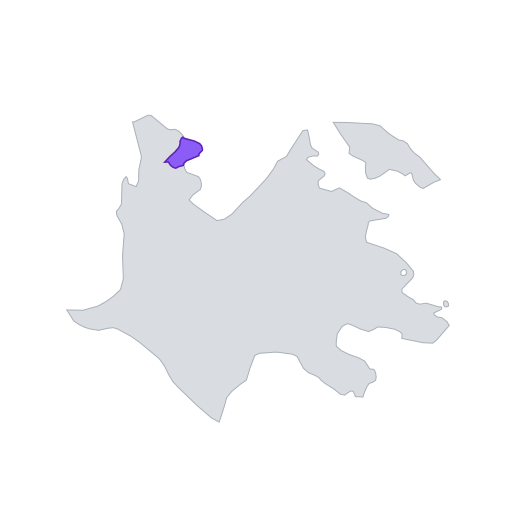 Yardımlı highlighted on a map of Azerbaijan, rotated 168°
{"feature_id": "AZE-1720", "entity_name": "Yardımlı", "entity_type": "District", "adm_level": 1, "iso_a3": "AZE", "parent_name": "Azerbaijan", "parent_adm1": "", "projection": "orthographic", "projection_center": [48.256, 38.872], "detail": "fine", "context": "in_parent", "style": "filled", "palette": "violet", "viewbox_px": 512, "rotation_deg": 168, "n_neighbors": 0, "source": "natural_earth", "source_scale": "10m", "svg_char_len": 3767}
<svg xmlns="http://www.w3.org/2000/svg" viewBox="0 0 512 512"><g transform="rotate(168 256 256)"><path d="M348.9,412.8L346.9,412.6L332.3,416.2L329.2,415.1L316.6,399.1L314.0,397.4L308.6,396.7L305.4,394.0L302.8,389.7L301.4,386.5L288.5,377.8L286.6,374.7L286.3,371.9L288.2,369.4L290.4,367.2L296.7,365.1L304.0,363.2L306.4,361.9L307.6,359.6L307.5,355.9L306.3,352.2L295.8,345.6L294.6,342.7L294.3,339.2L294.9,335.6L296.6,332.7L305.1,328.8L309.7,324.8L306.9,320.3L297.6,310.0L286.7,298.7L279.4,298.6L271.0,301.9L257.5,311.4L250.0,315.5L240.2,322.2L229.5,329.7L220.7,337.6L215.2,344.2L205.5,347.0L200.5,352.5L184.0,368.9L179.4,368.6L179.3,360.3L179.6,353.7L178.7,349.9L173.5,344.6L173.5,342.4L175.0,341.0L179.0,341.9L184.1,341.8L186.6,339.8L181.2,332.8L176.4,328.1L172.3,325.0L171.4,323.1L171.5,321.8L172.4,320.3L179.5,316.6L180.3,313.2L179.9,309.3L168.8,303.4L160.3,305.3L152.9,298.7L148.2,293.7L142.3,288.2L137.0,285.2L132.0,278.4L123.2,271.3L117.5,269.1L117.6,268.1L118.7,266.9L121.2,265.9L137.1,266.6L139.1,265.4L140.1,262.5L142.4,258.2L145.1,251.9L145.1,246.5L129.4,237.3L118.0,229.0L110.4,218.2L105.2,208.3L105.5,205.1L107.2,202.1L119.8,193.6L120.7,191.3L120.5,189.7L116.2,185.0L110.9,180.2L109.2,176.7L105.8,174.8L99.3,174.5L87.9,168.3L85.5,167.7L85.0,166.5L85.6,165.4L93.9,163.3L93.9,161.4L91.5,158.8L86.9,156.8L82.8,152.0L81.5,147.8L96.7,136.3L101.2,134.0L110.8,136.5L130.6,145.1L129.1,149.5L131.1,152.1L135.6,155.6L144.4,159.3L151.9,161.3L155.7,159.8L161.6,158.7L169.0,162.8L175.8,168.0L179.2,170.1L181.1,170.8L186.4,169.2L192.8,162.8L195.5,155.0L196.2,151.3L192.6,146.0L185.2,140.2L176.8,135.1L171.5,130.6L168.2,121.9L164.7,120.8L163.8,119.7L163.3,116.8L163.6,112.6L164.9,109.5L168.3,108.2L171.8,107.8L175.0,104.8L179.0,99.0L180.7,95.8L188.0,97.8L188.9,103.1L190.2,104.2L193.2,103.7L198.3,101.5L202.3,103.3L207.4,109.7L214.5,116.5L218.3,121.0L219.8,124.1L223.5,127.2L228.8,130.8L233.0,136.4L236.7,149.2L240.6,152.3L254.5,157.3L259.3,158.3L273.0,160.1L277.9,158.9L285.0,147.9L291.3,136.5L297.3,134.1L307.9,128.6L314.3,123.4L317.0,117.8L323.0,107.2L326.6,101.2L332.9,106.5L343.9,120.8L359.6,144.0L363.5,150.6L366.1,158.2L368.4,167.5L372.0,175.7L388.2,196.2L395.2,203.7L406.6,213.4L410.6,215.6L415.9,216.1L425.5,216.0L434.5,219.6L439.0,222.3L443.7,226.1L447.8,230.5L452.3,242.6L436.6,238.9L421.0,239.9L412.2,242.6L403.7,246.3L395.5,251.4L390.5,261.3L386.5,284.0L380.3,305.2L380.7,315.0L383.6,324.4L383.3,328.9L380.4,330.8L376.8,334.8L372.1,354.3L369.7,358.2L366.5,360.7L365.6,358.4L365.8,353.3L358.8,348.8L355.2,353.9L352.7,364.6L347.7,375.9L347.4,378.1L348.9,412.8ZM117.4,210.7L118.2,207.7L116.3,206.3L114.2,206.2L112.4,207.6L112.3,211.4L114.7,212.2L117.4,210.7ZM63.0,297.3L60.7,294.0L59.7,292.3L66.8,291.1L78.5,287.3L81.5,289.5L84.8,293.8L86.3,297.5L86.4,304.3L87.7,305.4L93.4,303.4L95.9,306.2L100.1,309.6L107.5,313.0L118.5,308.3L124.0,307.2L128.4,307.4L130.8,309.0L131.5,314.3L130.4,320.8L129.1,324.3L131.3,326.9L140.1,333.4L143.7,337.0L141.7,343.0L148.0,357.8L150.1,363.6L152.6,370.7L139.0,367.6L114.5,361.0L107.8,357.7L101.6,349.3L97.9,345.3L92.5,340.0L87.9,337.9L84.5,334.3L82.7,329.0L80.0,324.2L75.1,318.5L64.4,299.3L63.0,297.3ZM82.1,172.0L80.6,173.0L78.4,171.8L77.7,169.5L78.0,167.1L80.3,166.6L82.1,167.3L82.6,169.6L82.1,172.0Z" fill="#d9dde1" stroke="#a8b0b8" stroke-width="1"/><path d="M302.9,387.5L302.7,386.8L301.8,386.0L292.4,381.3L287.7,377.6L286.3,375.0L286.2,371.2L286.8,370.2L290.6,367.9L290.8,367.3L290.8,366.6L291.0,366.0L304.1,363.7L307.1,361.9L307.7,360.9L308.3,359.7L313.0,359.5L314.7,358.9L316.4,358.6L318.8,360.1L320.8,362.6L322.2,366.2L325.8,366.8L319.6,371.2L313.0,375.0L311.6,376.3L310.0,377.3L308.7,378.6L307.5,380.3L306.8,382.1L306.5,384.0L305.5,385.2L304.5,386.7L302.9,387.5Z" fill="#8b5cf6" stroke="#5b21b6" stroke-width="1.5"/></g></svg>